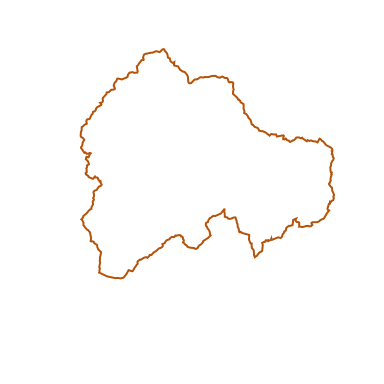 Huong Son, Ha Tinh, Vietnam, rotated 30°
{"feature_id": "81297802B24299836434530", "entity_name": "Huong Son", "entity_type": "district", "adm_level": 2, "iso_a3": "VNM", "parent_name": "Vietnam", "parent_adm1": "Ha Tinh", "projection": "robinson", "projection_center": [105.339, 18.446], "detail": "fine", "context": "isolated", "style": "outline", "palette": "amber", "viewbox_px": 384, "rotation_deg": 30, "n_neighbors": 0, "source": "geoboundaries", "source_scale": "gbopen_adm2", "svg_char_len": 5943}
<svg xmlns="http://www.w3.org/2000/svg" viewBox="0 0 384 384"><g transform="rotate(30 192 192)"><path d="M315.4,122.5L312.9,120.9L311.0,118.2L309.5,118.0L306.8,116.8L306.5,116.1L306.8,115.1L306.5,114.6L306.5,112.7L305.7,112.0L304.7,109.5L304.3,106.9L303.7,106.9L303.3,105.3L302.5,105.6L301.6,104.6L299.5,101.6L299.1,99.5L298.1,97.3L298.0,94.8L298.3,93.6L297.8,91.8L296.6,91.3L294.8,89.1L294.1,89.3L293.4,87.1L292.5,86.7L292.8,85.6L291.6,84.5L290.2,84.1L284.7,84.3L281.2,82.9L279.7,82.5L279.0,82.7L276.8,81.9L275.8,82.1L275.9,86.3L273.8,86.4L271.3,87.6L269.3,87.8L268.3,89.0L266.2,89.3L266.1,90.6L261.3,90.3L260.2,89.9L259.5,91.1L257.6,91.2L255.6,92.3L255.0,92.9L255.0,94.3L254.2,96.4L253.5,96.8L252.2,99.4L251.4,99.7L250.3,99.1L248.2,99.6L246.5,98.8L245.8,100.2L244.6,100.7L244.2,100.2L243.5,97.5L242.7,97.3L237.8,101.5L236.0,100.1L233.9,101.4L231.7,102.1L231.3,103.0L231.0,104.4L226.3,103.7L224.6,103.7L223.7,104.0L222.9,103.9L221.8,104.6L219.5,105.3L217.7,104.0L216.7,103.7L214.2,104.2L213.2,104.2L211.4,103.4L210.0,103.6L206.8,100.4L203.5,99.4L202.9,98.6L200.1,97.4L197.6,97.5L197.0,95.7L195.1,94.2L192.8,90.1L189.3,90.0L188.0,88.9L187.2,89.0L186.5,88.5L186.1,88.9L185.5,88.8L183.9,87.7L178.4,86.5L177.3,84.4L176.8,82.4L175.0,80.5L173.2,77.0L172.5,76.7L170.9,77.2L169.5,78.4L168.9,78.4L166.2,76.0L165.2,75.8L163.5,76.8L160.5,76.9L158.7,79.3L156.2,79.8L154.5,79.6L151.9,81.1L150.1,82.7L149.2,83.9L146.7,85.5L145.7,85.8L144.7,87.1L142.1,88.3L141.2,89.4L140.8,90.7L139.8,92.1L138.0,93.3L136.8,98.2L135.2,99.2L134.5,99.1L133.2,97.8L130.8,94.2L129.0,92.9L125.5,91.7L123.9,92.3L120.5,92.1L117.1,90.2L113.5,91.3L112.8,91.0L111.7,88.4L111.0,89.8L108.1,89.6L106.0,87.4L104.0,87.6L101.8,85.0L99.9,83.9L98.0,83.5L96.7,82.4L96.1,82.4L95.1,83.3L94.1,87.0L90.6,87.9L88.1,91.1L87.0,91.7L82.5,95.8L81.9,96.6L81.8,97.4L82.4,100.2L83.5,100.9L84.0,101.8L82.4,103.1L81.8,107.9L81.9,109.2L81.3,110.7L84.3,114.3L84.8,115.0L84.9,116.0L82.3,117.7L80.6,117.9L78.2,119.9L77.9,122.4L78.6,124.5L78.4,125.1L75.0,129.6L71.5,130.6L70.6,131.2L71.0,133.9L70.4,136.0L70.8,138.5L71.2,139.3L73.4,140.7L73.6,141.6L72.5,142.9L70.9,143.9L70.1,147.0L68.3,148.5L68.9,150.0L67.8,155.0L68.2,156.3L69.2,157.2L69.5,158.7L68.8,160.0L67.9,160.7L69.7,161.5L69.8,162.3L67.5,165.8L67.2,168.0L67.5,168.4L67.6,169.9L67.4,170.7L66.2,172.0L66.8,173.9L66.4,175.4L66.6,178.0L66.9,179.4L66.5,180.2L65.1,181.3L64.8,182.1L65.2,183.9L66.5,185.0L66.7,185.8L66.0,186.3L65.1,188.1L64.6,190.0L64.0,190.9L65.6,193.8L65.8,195.6L67.6,199.2L68.5,199.8L70.6,199.8L72.6,200.7L72.6,203.8L73.8,206.8L73.5,208.5L73.8,209.3L79.3,211.9L79.9,211.0L81.8,211.5L83.3,210.3L83.9,209.2L84.9,209.1L84.7,210.5L85.0,213.4L84.8,213.9L83.2,214.1L83.0,214.5L83.3,215.5L83.6,216.6L86.8,217.5L88.9,219.5L87.8,221.5L88.6,222.9L88.7,224.4L89.5,225.1L90.3,226.8L90.9,227.2L90.9,228.0L90.4,228.9L90.7,229.3L91.4,229.8L94.1,229.9L94.9,230.7L99.1,230.3L99.8,229.9L100.2,227.1L101.1,227.6L102.5,226.9L103.4,227.0L103.8,227.1L104.4,228.0L106.0,228.5L106.7,229.1L107.3,228.3L108.7,230.0L110.1,230.8L110.0,232.2L108.8,233.7L108.5,235.1L108.4,237.7L106.9,239.8L106.6,240.7L107.0,241.8L108.6,243.4L109.1,244.4L109.4,245.2L109.4,246.7L110.8,247.4L111.0,248.4L110.7,249.7L112.5,252.3L112.5,255.2L113.3,257.0L112.5,258.0L111.9,259.9L111.4,263.1L110.0,267.0L110.3,268.7L109.9,271.0L110.5,271.0L113.3,272.7L114.4,274.7L115.0,275.3L115.8,275.3L116.7,276.0L120.2,277.1L121.1,276.9L122.4,277.6L123.6,277.8L127.7,282.4L128.8,285.3L129.8,285.1L130.3,284.5L131.4,284.3L132.5,284.5L132.9,285.2L136.3,285.3L137.3,286.8L139.5,288.6L143.3,289.5L144.2,291.8L145.1,295.1L146.0,296.2L146.6,297.9L147.7,299.0L149.2,303.4L150.4,304.1L151.1,306.3L151.7,307.1L151.8,308.2L160.8,307.5L168.4,305.0L170.6,303.6L173.4,302.5L175.5,300.4L176.2,296.1L176.2,291.4L179.5,290.7L180.2,290.2L180.2,285.4L180.5,284.3L180.4,282.9L180.9,281.4L179.7,279.8L179.8,278.7L180.7,276.5L181.6,276.2L183.3,272.8L185.0,271.3L186.3,271.3L187.0,268.7L186.9,267.5L188.4,266.8L188.9,263.8L190.6,260.7L191.5,257.5L193.3,255.4L193.8,253.9L193.6,253.1L192.4,251.9L193.9,250.0L193.8,248.2L194.3,246.3L196.1,244.2L196.1,242.7L197.2,240.8L198.8,240.2L199.4,239.1L199.4,238.0L200.3,237.8L200.8,237.0L202.9,235.5L203.9,235.2L204.9,236.0L205.5,235.6L206.7,235.8L207.6,237.1L208.7,237.6L209.3,238.3L209.5,240.2L210.5,240.2L212.3,240.9L214.1,240.9L215.1,241.6L216.2,241.7L219.3,240.7L221.7,239.5L222.3,239.8L224.2,239.1L225.0,237.2L224.7,236.1L225.0,234.6L225.8,233.3L226.5,230.9L226.6,229.9L226.2,228.9L228.9,223.7L229.9,220.3L228.8,219.7L228.5,219.1L226.5,217.0L223.2,215.4L222.3,214.6L221.5,214.5L220.3,213.5L219.6,211.8L220.8,210.1L220.3,208.0L220.5,205.7L221.2,204.8L222.3,202.1L224.2,201.1L227.7,196.3L228.7,190.1L229.6,192.8L230.9,194.0L232.8,197.1L235.4,196.4L236.2,196.9L237.7,196.7L239.2,195.5L240.8,193.3L242.3,192.3L245.2,194.8L245.6,195.6L247.6,197.2L249.2,199.6L250.5,200.2L253.0,203.0L253.8,203.0L254.2,202.1L256.0,202.4L263.0,200.6L265.2,204.8L268.2,207.1L269.4,206.8L269.5,207.5L270.0,207.8L271.7,210.5L274.6,211.6L277.5,215.9L279.1,217.0L279.4,215.7L280.0,215.3L280.5,211.0L281.0,210.4L281.0,209.8L282.0,208.8L282.1,207.7L279.8,202.5L278.2,201.0L279.2,199.4L280.4,198.4L280.4,197.7L280.0,197.3L280.1,196.8L281.1,196.5L282.0,195.7L282.6,196.4L283.0,195.8L284.2,194.1L284.0,192.7L284.8,193.7L285.1,193.6L288.8,188.7L289.4,188.1L291.4,187.7L292.0,187.1L292.3,185.8L291.7,183.5L292.1,180.8L291.6,180.2L292.5,178.5L291.6,175.9L292.7,173.0L293.9,172.3L295.6,170.4L293.6,165.5L295.5,163.0L295.6,164.4L296.4,165.3L297.9,165.6L299.6,164.8L300.3,165.1L301.5,167.3L302.1,167.8L302.1,168.4L305.5,166.9L308.0,164.2L309.5,163.3L310.6,163.2L312.1,162.2L312.7,160.3L311.1,159.4L311.0,158.8L311.4,158.0L315.7,155.4L316.8,153.7L317.3,151.9L319.4,149.2L319.5,143.0L320.0,139.4L318.4,139.5L317.6,138.6L316.5,133.7L317.3,133.1L316.3,131.3L317.3,131.0L317.4,129.8L318.4,128.5L318.4,128.2L317.8,126.2L317.2,125.9L316.6,125.0L316.7,123.9L315.4,122.5Z" fill="none" stroke="#b45309" stroke-width="2"/></g></svg>